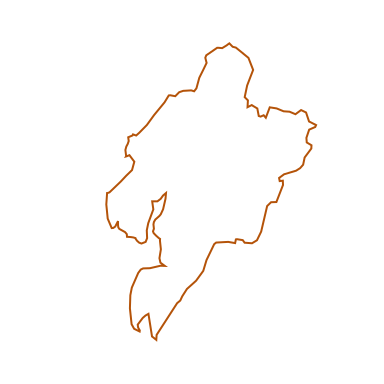 Essex, Robinson projection, rotated 120°
{"feature_id": "GBR-2317", "entity_name": "Essex", "entity_type": "Administrative County", "adm_level": 1, "iso_a3": "GBR", "parent_name": "United Kingdom", "parent_adm1": "", "projection": "robinson", "projection_center": [0.635, 51.797], "detail": "fine", "context": "isolated", "style": "outline", "palette": "amber", "viewbox_px": 384, "rotation_deg": 120, "n_neighbors": 0, "source": "natural_earth", "source_scale": "10m", "svg_char_len": 2178}
<svg xmlns="http://www.w3.org/2000/svg" viewBox="0 0 384 384"><g transform="rotate(120 192 192)"><path d="M291.9,147.9L295.7,149.3L333.4,151.2L337.9,149.0L337.1,154.4L319.3,168.8L322.2,170.5L325.7,171.7L334.0,172.7L336.3,170.9L338.0,168.0L339.0,167.6L339.4,173.7L336.7,178.2L323.8,187.6L312.2,193.8L304.9,196.3L289.0,198.1L284.8,197.6L282.6,196.1L279.0,190.3L271.6,182.4L269.6,178.6L269.0,184.0L265.6,187.1L257.2,190.3L250.2,195.4L248.6,196.2L248.5,197.7L247.8,201.1L246.8,204.6L245.6,206.1L242.9,206.6L239.3,209.2L237.0,210.0L234.2,210.0L229.2,208.3L227.0,207.9L221.4,208.4L211.0,211.6L205.9,214.0L209.5,215.3L213.6,215.7L217.4,217.3L220.0,221.8L226.4,216.8L240.9,214.3L247.8,212.0L254.4,207.8L258.4,207.2L261.9,210.0L262.3,212.5L261.7,215.3L260.7,217.4L260.2,217.9L260.7,220.1L261.6,222.4L263.3,225.9L261.1,227.4L260.2,229.9L260.3,236.5L259.5,238.1L257.7,239.5L254.2,241.5L260.3,241.2L262.5,242.2L263.4,243.5L257.2,251.7L245.6,260.0L235.4,265.0L235.3,264.8L233.6,263.3L218.5,258.9L210.8,257.1L203.0,254.9L194.6,257.1L191.4,264.6L193.8,266.5L194.2,266.9L193.6,266.9L193.3,267.4L188.9,270.7L185.5,271.6L182.5,271.7L179.5,272.3L176.5,274.6L172.8,271.8L171.6,271.9L171.0,268.6L167.1,267.3L156.6,264.6L144.3,263.3L128.1,260.6L120.0,260.4L119.1,259.2L117.4,254.4L112.0,253.0L108.8,250.2L104.4,243.5L103.7,240.5L100.0,240.0L89.4,242.8L81.1,243.3L72.9,243.9L69.1,247.6L66.5,248.0L54.5,242.3L53.7,240.8L52.3,237.8L47.5,235.2L46.9,235.0L44.6,234.0L45.9,229.4L45.0,226.2L47.6,210.2L55.7,200.1L72.2,197.5L83.5,193.8L84.7,189.4L90.8,186.3L86.9,183.8L87.0,177.2L92.8,172.2L92.4,170.3L89.7,168.3L90.8,165.2L79.8,167.0L77.3,160.5L76.3,153.0L73.7,147.7L72.9,141.3L66.5,138.5L66.1,133.0L72.4,125.9L72.0,118.0L74.1,117.8L79.4,121.7L87.9,120.0L91.7,117.4L91.8,111.9L94.7,110.4L105.8,111.7L112.8,109.4L117.3,110.3L121.5,112.5L130.6,121.1L136.3,123.6L138.7,121.5L136.8,119.0L140.4,116.7L158.5,113.9L161.3,118.4L166.6,119.9L191.7,112.3L201.3,111.6L206.4,114.4L209.6,121.1L208.3,124.0L210.4,129.5L211.1,130.3L214.7,129.1L217.1,135.7L223.7,145.8L226.1,146.7L243.7,145.4L254.7,142.8L266.8,144.1L278.5,147.9L287.2,148.3L291.8,147.9L291.9,147.9Z" fill="none" stroke="#b45309" stroke-width="2"/></g></svg>